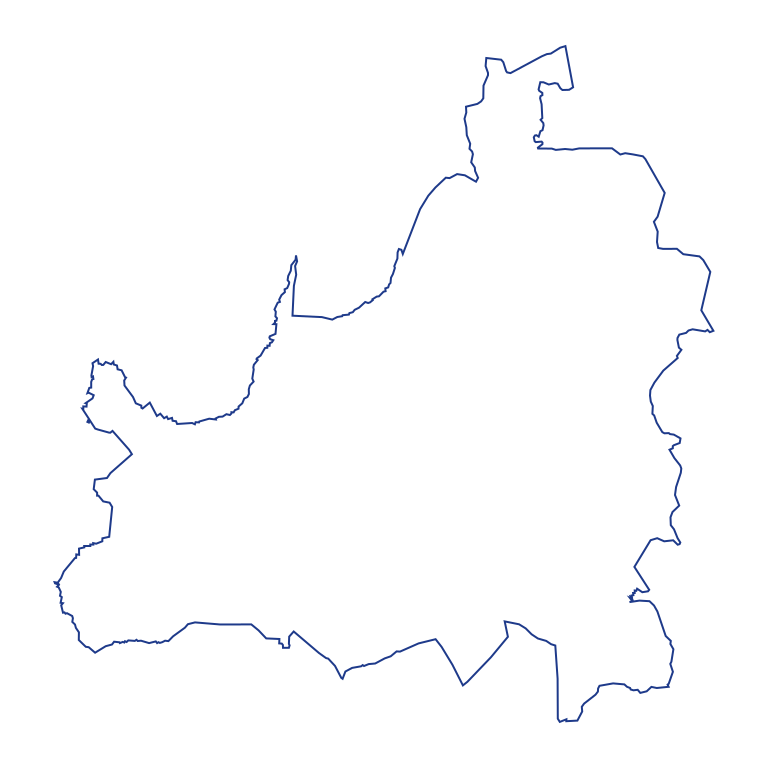 outline of Santiago de Anaya, Hidalgo, Mexico
{"feature_id": "50627088B8235398301321", "entity_name": "Santiago de Anaya", "entity_type": "district", "adm_level": 2, "iso_a3": "MEX", "parent_name": "Mexico", "parent_adm1": "Hidalgo", "projection": "albers", "projection_center": [-99.002, 20.428], "detail": "fine", "context": "isolated", "style": "outline", "palette": "blue", "viewbox_px": 768, "rotation_deg": 0, "n_neighbors": 0, "source": "geoboundaries", "source_scale": "gbopen_adm2", "svg_char_len": 6021}
<svg xmlns="http://www.w3.org/2000/svg" viewBox="0 0 768 768"><path d="M663.3,370.6L677.7,358.0L676.9,355.9L681.4,349.8L678.9,347.6L677.4,340.0L677.5,338.0L679.3,334.6L686.1,332.9L688.5,330.5L692.6,329.3L705.2,331.4L707.5,329.9L709.8,332.2L713.4,330.8L701.3,310.3L710.3,271.9L703.3,260.1L699.5,256.4L683.3,254.2L676.9,248.8L663.2,248.9L658.2,248.0L657.0,242.0L657.7,231.6L653.9,221.8L657.6,216.7L664.7,192.9L645.4,159.1L642.9,156.3L632.9,154.4L625.2,153.2L620.3,154.5L612.0,148.3L579.2,148.4L572.4,149.7L565.1,149.0L555.8,149.9L551.8,148.6L538.1,148.5L537.9,147.6L542.4,144.2L542.5,142.6L541.6,141.6L535.8,142.1L534.7,141.3L533.8,137.3L534.9,135.5L536.4,135.2L538.7,136.7L540.4,131.2L542.5,130.2L543.6,125.4L543.3,123.1L540.6,119.8L542.3,118.1L541.6,104.2L540.1,98.2L540.5,96.2L542.4,95.1L542.3,92.9L539.2,90.8L538.6,89.4L540.3,82.2L543.5,82.3L548.8,84.5L554.8,83.1L557.7,83.7L560.3,88.2L562.4,90.0L569.1,89.8L573.1,87.3L565.4,46.1L560.2,47.7L550.8,53.6L546.9,54.1L541.8,56.3L510.5,73.1L507.1,72.4L506.1,71.0L503.3,62.2L501.2,59.7L486.3,58.0L485.6,66.1L488.0,72.9L488.0,75.2L483.5,85.6L483.3,98.3L481.1,101.4L477.4,103.9L466.0,106.7L466.3,112.5L464.5,118.8L466.3,127.2L466.8,135.2L470.2,143.7L469.5,148.8L472.1,151.5L472.9,154.2L471.2,162.3L474.8,167.5L475.1,171.0L478.1,177.8L476.0,181.7L464.9,175.3L457.1,174.1L449.6,178.1L445.8,177.7L435.4,187.5L428.3,195.7L420.1,209.1L402.8,254.0L401.4,249.8L398.9,249.0L397.6,252.4L397.4,258.6L394.3,266.2L394.9,267.9L392.9,274.1L391.0,277.7L390.5,283.0L389.1,284.4L388.2,287.4L385.3,288.4L385.6,291.2L383.5,291.7L379.0,296.3L376.7,296.6L372.4,299.3L372.8,300.1L370.0,302.4L368.1,303.0L365.2,302.0L359.0,307.7L354.7,309.8L352.8,312.2L349.4,313.1L348.9,314.6L342.6,315.2L342.2,316.2L337.3,317.0L332.3,319.6L321.9,317.1L292.5,315.7L293.9,285.8L296.2,274.7L295.1,266.0L297.1,261.4L296.0,255.4L295.6,259.7L291.3,265.2L290.8,270.7L288.2,276.0L287.6,280.1L289.2,282.2L289.0,283.9L287.2,288.1L284.6,289.3L284.9,292.1L281.5,295.1L279.2,299.6L279.9,301.9L277.7,302.7L274.5,309.4L275.8,311.7L275.4,316.4L277.0,318.2L276.4,320.7L275.0,320.9L275.0,322.6L273.5,324.1L276.4,324.2L275.5,333.9L269.8,336.3L269.4,337.7L270.2,339.2L273.3,340.2L271.9,342.3L269.9,343.1L269.6,345.8L267.4,345.6L267.3,347.8L265.0,348.0L260.6,355.6L256.8,358.4L256.5,359.1L257.7,360.1L253.9,364.7L253.3,367.4L253.7,369.5L252.3,378.6L253.6,381.6L249.9,385.5L248.8,389.2L248.9,394.0L247.4,397.0L244.2,398.6L242.3,403.3L238.6,406.5L238.5,408.7L234.9,410.2L233.6,412.4L231.4,412.2L231.4,413.5L229.9,415.0L226.4,414.2L222.6,416.6L218.9,416.8L215.6,418.5L215.9,419.5L209.2,418.7L199.3,421.5L199.0,422.4L195.6,422.2L194.9,424.3L192.1,423.0L177.1,424.0L176.0,421.2L172.6,420.8L172.0,417.9L168.1,419.1L166.8,416.6L164.1,418.2L160.3,413.7L156.9,416.0L149.8,402.6L142.6,408.5L141.4,407.8L141.3,405.6L135.8,403.3L133.0,397.0L124.5,385.5L124.2,380.5L126.0,377.6L125.1,377.3L121.6,370.3L117.6,369.3L117.0,365.5L113.8,364.5L113.4,361.8L111.1,364.2L105.7,362.0L103.3,364.9L101.8,365.0L100.6,363.8L98.6,363.7L98.0,359.5L92.5,363.2L93.1,366.1L91.4,375.5L91.6,377.0L93.0,376.4L93.4,379.0L92.1,379.4L91.2,381.9L91.2,387.6L89.3,387.9L87.4,393.2L88.7,392.7L93.7,395.2L92.5,398.4L85.7,403.1L86.8,403.4L86.5,406.6L83.3,406.4L83.3,408.9L82.3,408.7L88.9,418.8L87.4,421.9L88.9,422.6L89.9,420.4L95.2,428.6L97.8,429.5L109.0,432.6L110.3,432.7L112.5,430.9L129.1,449.7L131.9,454.2L110.4,473.1L107.0,478.0L94.9,479.6L93.7,489.2L97.1,492.6L97.1,495.7L98.5,495.7L103.2,501.4L109.6,502.7L112.2,507.0L109.2,536.8L102.4,538.3L102.3,541.3L96.2,543.7L93.2,543.1L93.3,544.6L90.3,544.5L90.3,546.0L84.2,546.0L84.3,547.4L79.0,548.6L79.1,554.8L76.3,554.4L76.1,557.9L74.9,558.1L63.8,571.5L61.1,578.0L57.7,582.7L54.6,582.2L55.0,583.3L57.3,584.1L58.1,583.3L59.0,584.7L57.1,586.7L58.7,587.4L60.8,591.9L60.0,595.8L61.8,597.1L60.6,602.8L62.9,603.2L61.2,605.3L63.0,612.7L64.5,612.4L65.5,613.7L67.0,613.2L72.2,616.0L72.9,618.2L72.3,621.9L75.0,624.5L75.9,627.9L78.9,632.3L78.8,640.0L85.8,646.8L88.7,647.2L95.1,652.7L105.7,646.2L112.0,644.5L114.1,641.7L119.5,642.3L119.9,643.1L122.8,641.9L124.3,642.5L125.0,641.2L126.6,642.0L128.3,640.4L134.8,640.9L136.5,639.8L137.7,641.0L141.0,640.7L149.1,643.1L155.8,641.4L157.1,643.1L158.5,642.2L159.8,642.9L162.2,642.2L165.1,640.7L168.4,641.1L173.1,636.3L184.9,627.7L187.9,624.2L195.0,622.4L220.4,624.5L251.3,624.4L258.6,630.4L266.2,638.4L279.4,639.0L279.2,643.4L281.8,643.6L282.9,645.0L283.0,647.8L288.9,647.8L289.6,645.3L288.9,643.9L289.2,636.6L293.7,631.5L319.1,653.1L326.1,658.1L328.2,658.6L335.0,665.9L341.3,677.9L342.6,678.8L345.4,671.5L352.1,667.9L361.1,666.3L362.7,665.1L364.0,666.0L368.7,664.1L375.2,663.5L384.7,658.4L390.7,656.3L396.6,651.4L400.0,651.6L418.6,643.4L435.6,639.2L441.6,646.9L452.4,664.7L462.9,685.4L467.4,681.8L490.9,657.3L507.9,636.8L504.7,621.4L519.1,624.3L525.7,628.4L531.6,634.3L537.9,638.5L546.2,640.9L551.1,644.2L555.3,645.5L557.6,678.7L557.8,718.7L559.8,721.9L566.4,719.3L566.3,721.2L577.4,720.6L582.2,711.5L581.8,706.8L584.1,703.6L595.5,694.7L597.9,691.6L598.1,688.5L599.5,685.8L613.1,683.4L624.4,684.4L627.0,686.8L630.1,688.0L630.7,689.5L633.5,690.3L637.7,689.8L640.3,692.9L646.7,691.3L651.4,686.9L656.8,688.0L668.6,686.8L667.6,684.6L668.7,683.8L672.9,671.8L670.3,663.9L671.4,661.7L673.4,649.2L670.4,644.0L670.8,640.9L665.7,636.0L657.4,611.5L654.0,605.5L649.5,601.2L639.4,600.6L629.5,602.1L632.4,601.2L629.8,597.8L631.9,598.7L630.8,596.6L631.9,597.0L631.6,595.5L633.4,595.2L633.1,593.0L634.7,593.0L634.7,590.5L636.3,590.8L637.1,588.7L642.3,592.2L648.0,591.3L649.2,589.8L634.4,566.9L650.6,540.2L657.2,538.2L664.2,541.3L673.2,540.3L677.7,544.7L679.6,544.1L680.3,542.5L677.6,538.2L674.0,529.3L670.8,525.2L670.5,517.3L672.5,512.0L679.2,505.6L675.0,495.0L676.1,487.0L680.8,472.8L681.3,468.5L680.2,465.5L674.4,458.1L669.5,449.7L672.8,448.3L672.8,446.1L673.9,445.2L679.7,443.0L680.5,438.4L673.8,434.6L670.0,434.1L668.8,433.1L664.4,433.3L662.3,432.1L656.7,422.7L654.2,415.5L652.4,413.8L652.8,406.0L650.8,401.6L650.0,395.6L650.4,390.0L654.4,382.6L663.3,370.6Z" fill="none" stroke="#1e3a8a" stroke-width="2"/></svg>